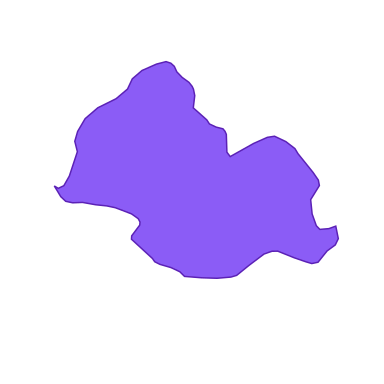 map outline of Rwanda (orthographic projection), rotated 236°
{"feature_id": "RWA", "entity_name": "Rwanda", "entity_type": "country or territory", "adm_level": 0, "iso_a3": "RWA", "parent_name": "Africa", "parent_adm1": "", "projection": "orthographic", "projection_center": [29.912, -1.936], "detail": "fine", "context": "isolated", "style": "filled", "palette": "violet", "viewbox_px": 384, "rotation_deg": 236, "n_neighbors": 0, "source": "natural_earth", "source_scale": "50m", "svg_char_len": 1142}
<svg xmlns="http://www.w3.org/2000/svg" viewBox="0 0 384 384"><g transform="rotate(236 192 192)"><path d="M155.0,122.1L159.1,122.0L186.7,115.4L189.4,117.5L193.8,130.2L196.2,132.1L200.0,132.5L207.7,129.6L221.9,119.6L228.1,113.6L235.3,105.0L244.6,95.4L249.8,87.0L254.9,82.1L261.5,80.6L268.9,81.0L274.0,81.2L269.8,83.2L268.9,89.3L273.8,99.2L289.5,119.5L299.6,123.2L306.2,131.1L312.6,144.5L314.5,161.1L311.8,181.2L313.4,196.1L319.2,205.8L320.7,218.5L317.9,234.1L314.6,243.4L310.6,246.5L306.1,247.6L300.1,246.6L292.6,247.9L284.6,250.8L279.5,251.2L276.4,250.7L270.4,248.2L261.0,240.1L243.5,244.6L238.7,244.5L232.3,248.3L227.1,253.0L223.9,253.3L220.6,252.7L205.5,243.2L200.0,243.5L197.8,270.2L195.2,285.0L192.1,291.6L181.3,298.0L170.4,301.6L164.5,301.3L140.6,303.3L131.2,303.4L126.1,301.2L119.3,286.1L106.6,279.3L94.5,276.2L89.5,277.1L85.1,285.0L83.3,292.1L71.5,287.2L68.0,281.2L67.6,271.1L63.3,257.2L65.7,251.3L70.3,247.5L80.1,240.1L95.0,230.0L98.2,225.1L100.3,217.0L99.3,198.2L97.9,182.4L99.7,176.7L106.5,164.5L115.6,151.9L126.2,138.6L132.7,137.3L141.1,132.3L150.0,124.9L155.0,122.1Z" fill="#8b5cf6" stroke="#5b21b6" stroke-width="1.5"/></g></svg>